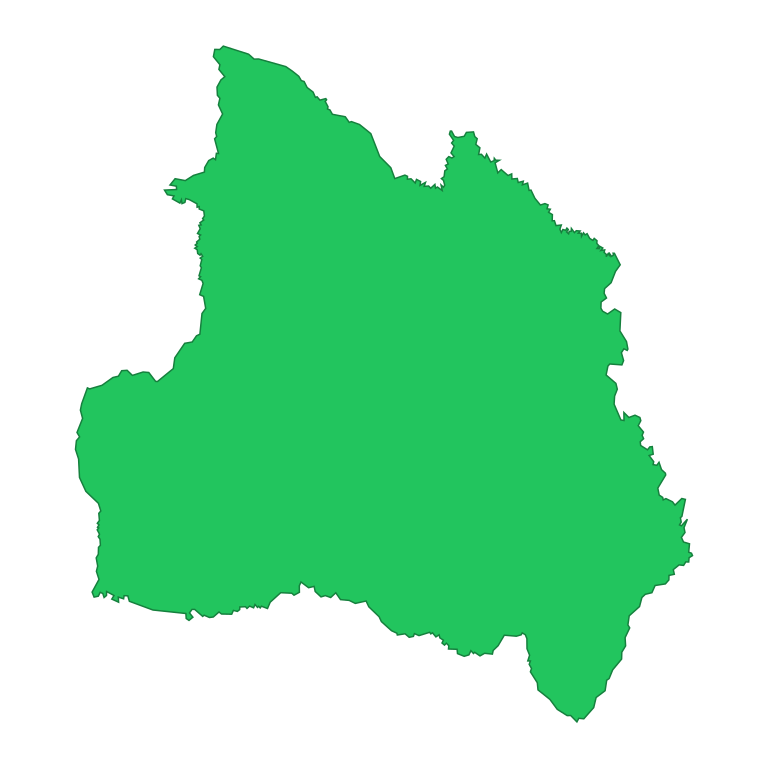 Sumedang, Jawa Barat, Indonesia
{"feature_id": "22746128B19624873108228", "entity_name": "Sumedang", "entity_type": "district", "adm_level": 2, "iso_a3": "IDN", "parent_name": "Indonesia", "parent_adm1": "Jawa Barat", "projection": "robinson", "projection_center": [107.99, -6.81], "detail": "fine", "context": "isolated", "style": "filled", "palette": "green", "viewbox_px": 768, "rotation_deg": 0, "n_neighbors": 0, "source": "geoboundaries", "source_scale": "gbopen_adm2", "svg_char_len": 6076}
<svg xmlns="http://www.w3.org/2000/svg" viewBox="0 0 768 768"><path d="M299.4,592.3L299.3,585.8L301.0,582.0L308.6,587.7L314.1,586.4L315.2,591.5L321.0,596.9L325.3,595.6L330.7,597.5L335.8,592.8L340.5,599.6L349.2,600.4L355.3,603.4L366.1,601.0L368.8,606.8L379.1,616.7L381.4,621.6L391.5,630.7L396.9,633.2L397.3,635.0L405.1,633.8L409.2,637.3L413.4,636.4L414.4,633.6L419.0,635.6L429.7,632.3L430.8,633.9L432.5,632.8L435.9,636.9L439.1,634.8L439.9,637.9L443.4,640.2L442.0,643.0L444.5,645.1L446.4,643.2L448.8,645.7L448.5,649.0L457.1,649.3L457.5,653.6L464.2,656.3L468.9,654.9L470.9,650.7L473.5,653.5L474.7,652.3L480.0,655.9L484.6,653.3L492.4,654.1L493.2,650.4L498.1,645.7L504.3,635.2L516.4,636.2L521.2,634.8L522.2,632.9L525.3,634.7L526.9,638.6L527.0,648.7L529.6,655.2L527.8,660.9L530.4,661.0L529.2,664.3L531.5,668.5L530.4,671.8L537.3,682.7L538.0,689.9L549.9,699.4L557.3,709.4L567.2,715.6L570.7,715.5L576.9,721.9L578.8,718.3L583.8,718.8L593.7,707.6L596.1,697.5L605.1,690.7L606.7,680.2L609.1,678.6L612.7,669.8L621.6,659.1L621.8,652.2L625.6,645.9L625.1,637.6L629.7,627.9L627.9,624.9L629.2,615.8L639.5,606.6L641.9,597.5L645.3,594.3L651.9,592.7L655.1,585.5L665.4,583.9L668.9,579.9L669.0,575.4L674.3,574.3L673.3,569.6L679.1,564.9L683.6,565.4L685.8,561.9L688.7,562.0L689.1,557.7L692.5,555.6L691.5,553.2L688.7,552.2L689.5,543.8L683.5,542.0L681.4,537.4L685.0,532.5L684.0,527.7L687.4,519.2L681.4,525.8L679.5,524.9L681.2,522.1L680.4,517.7L681.9,516.4L685.4,499.4L681.8,498.5L675.0,505.1L672.5,501.8L665.9,498.6L663.2,499.9L662.7,497.4L659.2,495.1L657.8,488.1L665.7,475.0L665.4,473.2L661.5,469.6L659.0,462.3L656.8,465.3L653.1,464.6L653.7,461.7L649.1,455.5L653.2,454.2L652.3,446.6L649.8,446.9L647.5,449.8L640.7,445.5L640.2,441.8L643.6,438.7L642.1,435.3L643.5,432.1L638.2,425.7L640.8,420.7L639.9,417.5L635.0,415.2L628.9,417.5L623.9,412.5L624.0,420.5L620.9,420.0L614.1,404.2L614.6,396.1L617.3,389.2L615.9,383.4L606.1,375.0L607.9,366.1L609.8,364.0L621.9,364.9L623.6,360.6L621.4,352.7L623.9,348.8L627.2,350.4L627.9,349.1L626.5,341.6L619.9,330.9L620.8,312.6L614.7,309.0L607.6,314.0L602.6,311.2L600.9,308.2L601.1,302.0L606.5,298.0L604.1,293.3L604.6,288.6L611.1,282.7L615.5,271.4L620.2,264.8L614.4,253.3L613.1,253.2L613.4,255.2L611.6,256.4L608.8,252.5L609.5,255.4L608.0,253.8L606.2,256.7L606.4,254.5L604.1,252.4L604.7,249.9L600.9,250.5L602.8,248.0L599.6,246.2L599.2,248.6L596.9,248.5L598.9,245.8L596.8,243.4L597.0,240.7L594.2,238.4L592.9,240.4L589.7,238.4L587.1,233.7L585.1,234.9L583.5,232.8L581.5,236.4L581.3,233.2L578.3,233.2L580.1,231.0L576.3,230.7L574.4,232.6L571.4,228.5L571.2,231.3L569.2,231.4L568.6,233.8L566.6,232.0L568.3,229.5L566.9,228.1L565.6,230.3L562.9,229.5L561.3,232.6L559.9,229.2L561.3,225.0L556.0,225.6L554.4,220.7L552.2,220.8L552.4,214.6L548.6,212.3L550.3,209.2L547.0,208.8L548.1,204.9L544.9,203.6L540.4,205.0L534.9,198.3L531.0,190.1L529.1,190.4L527.6,183.1L522.4,184.8L523.3,181.2L518.2,182.5L517.3,178.5L511.9,179.0L511.7,173.9L508.0,175.5L501.2,169.6L497.8,172.9L495.1,162.8L499.3,160.3L495.8,160.2L494.3,158.3L494.1,160.7L490.7,162.0L486.6,154.1L484.9,158.1L481.4,154.3L478.6,154.5L479.9,147.8L475.8,144.4L477.2,138.7L474.8,136.6L473.5,131.9L466.4,132.4L464.2,136.3L457.9,137.5L454.5,136.5L451.6,131.1L450.3,131.1L449.4,134.2L453.6,140.4L451.6,143.0L454.2,146.1L451.0,152.9L454.1,156.6L451.9,158.0L448.8,156.6L446.2,159.3L448.2,164.0L445.4,165.4L447.4,169.0L444.8,170.8L444.1,176.7L441.4,178.6L443.5,180.4L444.7,185.2L443.5,187.2L441.1,185.0L442.2,190.5L437.4,187.0L435.5,188.2L434.9,184.4L430.7,188.2L428.6,186.0L424.2,186.4L425.5,182.4L420.0,185.4L420.6,181.5L416.5,179.4L415.2,183.0L411.0,178.8L407.4,179.2L407.5,176.3L404.9,175.1L394.8,178.6L390.8,167.7L379.7,156.5L370.8,133.6L359.5,124.5L351.4,121.6L349.2,122.4L345.3,116.8L332.4,114.3L329.9,109.9L327.5,109.0L328.0,106.7L325.2,101.4L326.6,99.8L325.8,98.6L319.9,100.1L317.1,96.8L315.4,97.4L313.1,92.1L307.1,87.5L304.1,81.5L301.3,80.6L298.8,76.3L292.3,71.1L285.8,66.6L258.7,59.0L254.1,59.1L248.6,54.2L223.3,46.1L219.8,49.5L214.8,49.4L213.4,56.7L219.9,64.7L218.9,69.4L224.8,76.7L221.0,79.8L217.0,87.1L217.4,95.3L219.9,98.3L218.4,104.9L222.6,114.0L216.9,124.4L215.7,132.7L216.7,136.5L214.6,138.8L218.5,153.5L216.4,153.3L215.5,159.7L213.2,158.1L208.7,160.6L204.7,167.5L204.4,172.1L193.5,175.4L185.3,180.6L175.1,178.7L170.0,185.0L176.4,186.2L176.6,189.5L164.5,190.1L167.4,194.7L174.0,195.9L172.4,198.9L179.9,203.1L181.4,199.8L182.0,203.6L184.9,202.4L185.8,198.6L189.3,199.6L197.0,203.8L197.1,207.2L199.2,206.6L199.2,209.0L203.8,210.9L204.4,216.1L202.6,218.6L203.7,220.0L199.9,222.8L201.1,224.9L198.8,225.3L200.2,228.7L197.5,233.5L200.6,235.0L199.1,236.4L199.8,239.2L196.6,242.0L197.2,243.4L195.2,245.0L197.3,246.6L194.8,248.2L197.2,249.7L197.7,253.5L200.0,255.2L201.0,253.7L202.7,256.3L200.2,258.1L201.8,259.5L200.2,265.8L201.4,267.7L199.0,275.8L200.6,276.7L198.6,278.8L201.9,280.3L203.1,283.5L199.7,294.7L203.6,296.4L205.7,308.4L202.0,313.5L199.9,334.2L196.5,335.8L192.2,342.0L184.7,343.3L174.8,357.8L173.3,368.6L157.5,381.5L155.6,381.4L148.8,372.5L143.1,372.0L132.4,375.4L127.1,370.3L121.7,370.7L118.4,376.2L112.9,377.5L102.0,385.3L89.7,388.9L87.4,387.9L81.7,403.7L80.4,410.1L82.6,418.4L77.0,432.5L79.6,436.9L76.4,440.7L75.5,449.4L78.6,459.0L79.5,477.5L85.9,491.4L98.4,503.3L100.8,511.0L98.8,513.3L99.4,520.5L97.3,523.3L99.0,524.9L97.5,527.3L98.7,528.0L97.2,529.8L99.5,534.2L98.2,536.6L100.0,539.2L100.4,545.3L98.5,547.3L98.3,554.3L96.2,557.9L97.7,566.1L96.4,571.3L99.0,579.4L92.1,592.1L94.1,597.1L98.3,596.2L100.2,592.3L102.8,593.5L104.1,597.5L106.5,595.5L106.6,591.5L114.0,595.5L111.8,599.1L118.6,602.2L118.3,597.1L123.6,598.8L124.1,595.7L127.8,595.8L129.4,601.3L152.9,610.0L185.9,613.5L186.2,618.5L189.0,620.4L192.9,617.2L189.5,612.9L192.0,609.4L194.7,609.4L202.7,616.4L204.1,615.2L209.5,617.5L213.3,617.0L219.0,612.0L221.5,614.0L231.7,614.2L233.4,610.4L237.4,611.4L239.7,609.6L239.8,607.0L245.5,606.7L247.0,608.4L249.6,606.1L253.6,607.8L255.0,604.5L257.5,607.4L258.6,606.3L260.2,607.9L261.4,606.2L267.5,608.5L270.2,602.2L280.7,592.7L291.8,593.2L294.0,595.2L299.4,592.3Z" fill="#22c55e" stroke="#15803d" stroke-width="1.5"/></svg>